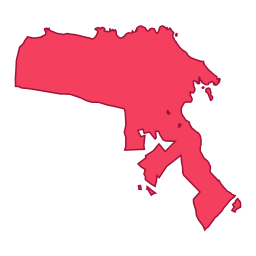 outline of Manokwari, Papua Barat, Indonesia
{"feature_id": "22746128B58641314112332", "entity_name": "Manokwari", "entity_type": "district", "adm_level": 2, "iso_a3": "IDN", "parent_name": "Indonesia", "parent_adm1": "Papua Barat", "projection": "natural_earth1", "projection_center": [133.979, -1.001], "detail": "fine", "context": "isolated", "style": "filled", "palette": "rose", "viewbox_px": 256, "rotation_deg": 0, "n_neighbors": 0, "source": "geoboundaries", "source_scale": "gbopen_adm2", "svg_char_len": 5726}
<svg xmlns="http://www.w3.org/2000/svg" viewBox="0 0 256 256"><path d="M235.2,195.7L232.2,194.6L230.1,192.6L227.1,191.1L222.6,186.0L220.2,182.7L219.5,181.2L218.9,180.3L218.0,180.7L217.6,179.9L210.5,172.5L210.0,171.4L210.1,169.8L210.4,168.6L210.4,166.7L210.2,165.9L209.2,164.2L208.5,162.3L207.0,160.6L204.9,158.9L204.1,158.2L203.3,156.9L201.4,153.2L200.7,152.2L200.2,150.4L200.2,148.8L200.4,146.5L201.0,144.7L201.1,141.4L200.6,137.3L199.9,135.1L198.1,132.7L196.5,132.0L194.1,129.9L193.4,129.1L192.7,129.0L192.2,128.6L191.3,126.7L190.0,125.2L189.4,122.4L188.7,121.7L186.6,120.7L185.8,120.1L182.7,115.5L181.6,113.5L181.2,111.6L181.2,109.0L181.8,107.0L184.5,102.4L185.1,102.1L188.7,102.0L190.0,102.1L190.6,102.0L191.3,101.6L191.7,100.9L192.0,99.9L192.1,98.7L191.3,97.1L191.1,96.3L190.3,95.9L190.5,93.6L190.0,92.7L190.1,92.0L191.8,92.7L193.3,92.9L194.7,90.9L194.8,89.2L195.0,89.0L193.4,85.3L193.7,84.8L193.7,83.8L193.2,82.2L193.5,81.2L194.9,80.6L195.6,81.5L196.6,82.3L196.6,82.7L196.9,82.7L197.7,83.6L198.6,83.7L199.3,83.5L199.6,83.0L199.2,82.8L199.1,82.0L198.4,81.7L198.6,81.5L199.1,81.8L199.4,81.7L199.2,80.4L198.7,79.9L198.9,79.2L198.8,78.3L199.3,77.9L199.2,77.4L199.6,77.6L199.8,78.2L200.0,78.3L199.8,78.9L199.9,80.0L200.9,80.3L200.8,80.7L201.4,81.2L201.6,81.1L202.1,82.7L203.4,83.2L203.4,83.3L205.5,84.6L207.4,84.6L208.5,84.3L209.0,82.7L209.6,82.4L209.9,82.6L210.4,82.6L211.1,82.1L211.5,81.5L212.9,82.0L213.7,83.6L214.4,83.2L214.6,83.3L213.7,83.8L213.8,84.6L215.1,85.1L216.4,85.0L217.7,83.9L219.0,82.1L218.3,81.7L218.5,81.5L219.1,82.2L219.7,81.2L219.9,79.8L220.1,79.3L219.2,78.5L218.7,78.6L218.8,78.8L218.1,79.6L216.9,78.7L216.7,76.5L214.9,75.5L210.5,71.5L210.3,71.6L207.4,68.5L204.2,64.5L204.2,63.8L203.5,62.7L203.5,61.4L203.1,61.3L202.4,61.6L201.4,61.4L196.4,59.9L190.8,57.7L188.0,55.5L188.0,55.4L186.6,52.9L185.4,51.9L182.6,50.1L181.1,48.8L179.3,46.9L175.8,42.0L176.0,41.7L174.9,40.8L174.4,39.9L174.3,39.1L173.9,38.3L173.4,37.8L173.0,37.0L172.7,35.4L172.8,34.7L173.6,33.5L173.7,32.5L171.2,30.3L171.2,29.5L169.9,28.1L168.6,29.3L168.1,29.3L168.0,29.5L167.3,29.3L167.1,27.8L166.2,28.3L165.1,27.2L162.8,26.0L161.5,26.1L160.1,27.0L159.4,28.5L158.4,31.5L157.7,32.7L157.4,32.9L157.4,32.7L156.2,32.8L155.4,31.5L155.3,30.8L154.2,28.8L151.8,28.3L149.9,29.1L149.1,30.0L149.2,30.6L148.7,30.8L147.1,30.8L146.2,30.0L146.3,29.6L145.9,29.4L145.7,28.6L145.1,27.7L142.6,26.7L141.7,26.1L140.3,26.0L138.5,26.7L136.7,28.2L136.7,28.7L137.2,29.5L137.1,29.9L136.5,29.9L135.7,30.2L135.8,31.4L136.0,31.5L134.4,32.2L133.1,32.0L132.5,31.0L132.1,31.8L131.9,32.8L130.6,33.1L129.3,33.0L128.5,32.8L126.7,33.6L125.6,34.5L124.5,36.0L123.4,36.7L122.3,37.8L120.7,38.0L119.0,37.5L116.6,35.1L116.3,34.5L116.2,31.9L115.9,30.8L115.3,29.9L114.8,30.1L114.6,30.1L113.9,31.0L113.5,30.8L113.3,30.0L112.5,30.1L112.4,29.9L112.2,30.2L111.4,30.7L111.0,30.5L110.6,29.5L109.8,29.1L109.9,30.5L109.8,31.6L108.4,31.8L107.7,31.3L106.3,31.4L105.0,31.2L104.2,30.8L104.9,29.0L104.3,28.3L102.7,27.4L102.0,27.7L101.2,27.7L100.8,28.5L99.5,28.8L99.2,28.0L98.3,27.6L96.5,28.1L95.9,28.4L95.2,28.9L95.1,29.3L97.2,30.4L97.8,31.5L97.7,32.3L96.9,34.3L96.0,36.0L94.6,37.8L93.3,38.6L92.1,39.1L91.2,38.6L89.4,38.1L88.8,37.7L87.9,37.7L81.2,36.2L80.4,35.8L74.0,34.5L71.4,34.3L67.9,33.6L66.4,33.6L63.2,34.6L62.9,34.3L57.0,33.4L50.1,30.6L49.1,29.3L49.1,28.4L48.5,28.5L48.3,29.8L47.5,29.9L47.0,28.3L46.5,28.2L46.2,28.5L44.7,28.8L44.5,29.6L45.1,30.9L45.8,31.7L45.8,33.7L45.6,34.5L41.8,36.5L42.0,36.8L40.2,37.3L40.1,37.8L40.1,37.3L36.3,37.9L33.4,38.1L27.3,36.8L26.9,37.9L24.9,40.4L23.3,43.7L19.6,47.2L16.4,60.3L15.9,71.0L15.4,78.2L15.5,86.4L18.5,86.5L21.5,87.9L28.6,88.6L39.9,90.4L60.2,93.9L63.6,93.9L70.3,94.3L80.7,97.8L86.6,100.7L91.5,102.1L99.1,102.4L107.1,104.9L114.5,106.4L124.3,108.8L125.2,112.0L125.8,122.3L125.8,125.5L124.3,132.3L125.8,137.2L125.8,146.5L124.7,150.1L144.4,149.3L143.8,145.6L144.9,135.5L140.8,136.7L137.9,130.5L142.9,129.1L144.2,133.3L149.5,132.1L155.1,139.0L156.2,137.6L155.5,131.3L158.7,131.4L159.9,134.6L163.0,139.7L165.2,140.9L175.3,141.3L165.2,151.5L159.0,143.9L153.0,151.1L145.5,155.7L145.9,157.9L138.0,163.8L141.2,167.0L145.4,169.6L145.0,170.1L144.0,174.0L145.0,175.6L145.4,176.5L145.3,179.5L150.9,183.9L155.1,186.4L155.6,183.9L156.5,181.3L156.8,175.7L159.1,177.7L166.6,166.4L181.0,155.2L181.6,162.2L182.5,166.6L182.8,171.1L182.6,172.2L183.7,175.2L200.0,192.0L193.5,199.2L193.5,201.7L193.7,203.3L194.2,205.1L195.7,209.5L196.5,215.6L198.6,219.9L202.3,224.8L203.4,226.6L204.8,230.0L205.8,228.6L207.9,227.2L208.8,226.2L215.2,217.4L216.6,216.5L221.5,211.4L222.8,209.5L223.7,207.9L226.8,204.4L229.8,200.6L231.2,199.2L234.2,197.1L235.2,195.7ZM178.4,126.7L179.0,124.9L179.1,123.8L179.9,123.8L180.9,124.4L179.7,127.0L178.4,126.7ZM168.4,114.3L167.0,112.4L167.2,111.5L167.8,110.7L168.8,112.4L169.8,113.1L168.4,114.3ZM237.6,198.6L235.7,200.6L235.1,202.6L234.8,203.0L234.2,203.1L233.7,203.5L232.7,204.8L233.5,206.0L234.3,206.6L231.9,210.5L234.9,212.0L235.7,210.3L236.5,209.3L238.9,207.9L240.5,207.2L240.6,204.2L240.5,203.2L240.2,202.2L239.7,201.1L237.6,198.6ZM208.4,88.0L207.7,88.4L206.9,88.5L206.2,89.1L205.9,90.0L205.8,90.8L206.0,91.9L207.5,92.8L208.5,94.6L209.0,96.1L209.5,97.1L209.6,97.6L209.9,98.1L210.4,100.0L210.8,100.3L211.7,99.8L212.2,98.9L212.6,97.8L212.5,96.9L212.1,96.2L211.2,95.8L210.8,95.3L210.9,92.6L209.9,88.7L208.4,88.0ZM151.6,194.7L154.1,193.4L155.5,193.1L151.5,190.1L147.2,186.6L147.2,187.6L146.8,189.1L148.5,190.2L150.1,193.3L151.3,195.1L151.6,194.7ZM141.0,188.7L140.7,186.1L139.9,185.8L139.9,185.5L138.4,185.9L139.0,189.3L141.2,189.3L141.0,188.7ZM176.7,35.9L177.1,34.1L176.6,33.6L175.9,34.1L175.6,35.4L176.1,36.0L176.7,35.9ZM203.4,88.2L203.9,87.6L203.5,87.0L202.7,87.1L202.1,87.8L202.6,88.2L203.4,88.2Z" fill="#f43f5e" stroke="#9f1239" stroke-width="1.5"/></svg>